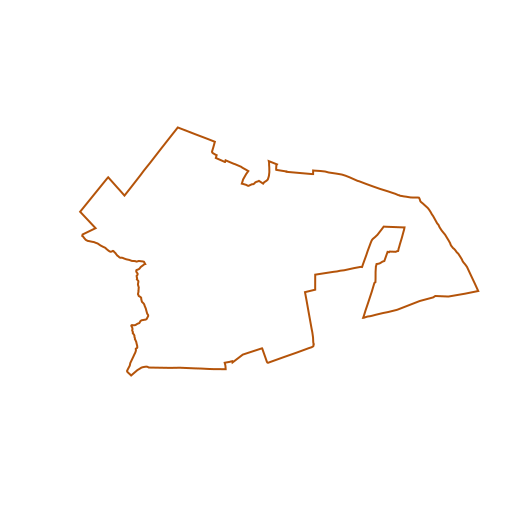 Campineanca, Vrancea, Romania (Robinson projection), rotated 57°
{"feature_id": "2599482B2575686950716", "entity_name": "Campineanca", "entity_type": "district", "adm_level": 2, "iso_a3": "ROU", "parent_name": "Romania", "parent_adm1": "Vrancea", "projection": "robinson", "projection_center": [27.139, 45.713], "detail": "fine", "context": "isolated", "style": "outline", "palette": "amber", "viewbox_px": 512, "rotation_deg": 57, "n_neighbors": 0, "source": "geoboundaries", "source_scale": "gbopen_adm2", "svg_char_len": 6121}
<svg xmlns="http://www.w3.org/2000/svg" viewBox="0 0 512 512"><g transform="rotate(57 256 256)"><path d="M291.2,406.6L303.1,388.9L303.6,388.1L308.3,380.6L317.0,368.4L320.6,363.2L324.9,357.3L327.7,353.3L334.4,343.1L332.3,341.9L331.1,341.3L328.5,340.4L329.6,337.7L330.2,336.3L330.6,335.3L330.7,334.7L330.9,334.2L331.3,333.2L332.5,333.7L332.1,328.6L331.9,325.8L331.5,320.8L333.1,314.7L336.7,301.2L337.1,301.2L350.7,304.5L351.5,304.5L352.1,304.1L356.0,287.5L359.2,274.4L361.2,265.6L362.0,262.0L362.8,259.1L362.9,257.3L362.7,256.8L362.1,256.3L361.4,255.9L361.3,255.5L360.6,255.4L359.6,255.0L358.4,254.3L355.5,252.6L353.4,251.6L350.6,250.3L347.1,248.9L338.3,245.2L331.4,242.3L321.0,237.9L313.0,234.6L316.5,224.7L314.6,223.5L303.9,216.5L311.5,199.6L313.1,196.4L314.2,193.4L316.0,189.8L319.5,180.5L322.1,174.2L323.0,173.1L322.5,172.4L322.0,171.8L320.9,170.4L315.4,163.1L312.6,159.6L307.4,152.6L306.1,150.7L305.6,149.7L305.3,148.6L304.9,145.4L304.5,143.4L304.5,143.0L304.2,142.1L303.1,139.0L302.1,136.1L300.9,132.9L302.3,131.0L312.1,117.1L312.9,115.9L314.4,117.3L316.6,119.8L320.1,123.7L324.4,128.8L326.2,130.8L327.7,132.6L328.7,133.5L329.2,134.1L328.7,135.4L328.6,136.5L327.4,138.2L325.8,140.5L325.1,141.4L325.0,141.7L325.3,142.2L325.3,142.4L324.2,143.4L330.1,151.1L329.7,152.6L329.6,153.3L329.6,155.8L329.4,156.8L329.0,157.9L328.4,159.3L329.8,160.7L329.9,161.0L334.5,164.4L337.4,166.3L340.0,168.0L343.0,170.1L343.0,171.2L343.9,172.4L344.7,173.3L347.5,176.6L348.7,178.0L350.0,179.6L356.5,187.7L361.4,193.9L364.0,197.0L365.7,199.1L366.2,199.8L366.5,199.3L367.1,196.9L367.5,195.5L367.8,194.8L368.6,193.2L369.3,191.3L370.5,187.6L372.7,181.4L373.3,179.8L374.4,177.1L375.0,175.6L377.8,167.5L378.1,166.4L382.9,143.3L383.3,142.0L387.2,130.0L387.2,127.4L394.8,116.7L401.5,101.1L406.4,88.7L398.3,87.5L389.4,86.3L380.1,85.0L377.6,85.1L375.7,85.3L374.4,85.5L372.6,85.5L371.1,85.2L368.1,85.1L364.2,85.1L362.3,85.6L359.7,85.7L357.8,86.0L356.9,86.4L353.7,86.7L352.4,86.6L351.0,86.2L348.0,86.0L344.2,85.9L341.1,85.8L338.6,86.1L335.8,86.4L332.0,86.4L329.1,86.0L327.4,86.3L318.9,85.7L316.8,85.8L314.1,85.6L311.2,85.6L309.2,85.8L305.8,86.7L304.7,87.0L303.1,87.4L300.3,88.3L299.4,88.3L297.7,87.8L296.5,87.6L295.8,87.6L295.5,87.9L291.3,94.2L289.5,96.2L288.1,97.7L286.4,99.7L285.4,100.7L283.9,102.4L282.9,102.9L282.6,103.4L279.7,105.3L277.1,107.4L273.8,110.0L267.2,115.5L261.5,119.9L255.4,124.5L249.5,128.8L248.3,129.9L240.9,134.7L237.4,137.2L234.6,139.5L232.9,141.3L230.7,143.7L225.5,149.6L222.8,152.0L219.7,155.8L216.3,160.4L215.4,161.5L218.4,163.5L217.8,164.4L202.0,184.6L201.6,184.4L201.0,185.2L194.8,192.1L194.1,191.8L191.1,189.6L190.6,188.5L183.4,193.6L184.7,194.1L186.9,195.5L188.9,196.6L192.9,199.1L195.7,201.4L196.7,202.5L198.3,204.5L198.6,206.2L198.6,209.0L199.2,210.6L194.6,212.6L194.6,213.1L194.3,214.4L194.0,215.3L193.9,216.7L194.3,218.0L194.3,219.1L193.6,220.4L193.1,224.0L192.5,224.7L191.1,225.4L188.9,227.3L187.6,228.5L186.2,226.8L184.8,225.2L181.9,219.6L180.6,216.2L177.8,217.6L175.2,219.0L173.9,219.6L173.2,219.8L167.4,223.7L166.6,224.4L159.2,229.4L160.3,230.7L160.2,230.9L158.0,232.3L151.9,236.3L150.0,234.1L148.8,234.9L148.1,235.2L146.4,236.1L145.7,236.3L144.7,236.2L143.7,235.1L141.6,232.6L137.8,228.3L132.3,232.2L127.9,235.4L125.6,237.1L121.1,240.4L105.6,251.6L109.3,262.5L114.1,276.6L120.2,294.1L121.8,299.0L123.4,303.8L125.3,308.9L129.9,322.2L131.3,326.3L133.7,333.4L126.2,334.5L123.2,335.0L109.5,337.1L110.0,339.0L123.1,379.4L145.3,375.4L143.5,389.7L144.5,390.8L145.6,390.4L146.7,390.4L149.7,390.0L150.8,389.4L151.7,388.9L152.5,388.0L154.9,385.6L156.1,384.3L157.7,383.2L159.1,382.1L159.9,381.7L160.7,381.4L162.4,380.7L164.0,379.8L164.9,379.3L166.3,378.4L167.2,377.9L168.7,377.6L169.9,377.2L171.2,376.8L172.3,376.3L173.1,375.8L173.5,375.1L173.7,374.4L173.7,373.4L174.0,373.0L174.6,372.8L176.0,372.6L176.9,372.3L177.8,372.3L179.0,372.2L180.2,372.1L180.9,371.8L181.2,371.6L181.9,371.5L182.9,371.2L183.6,370.7L184.1,369.8L184.9,368.9L186.4,367.9L188.1,366.6L190.3,364.4L191.7,363.4L192.5,362.8L193.1,362.0L193.8,361.0L194.7,359.9L195.4,359.5L195.6,359.3L195.9,358.5L196.3,357.1L196.9,356.3L197.6,355.5L198.9,353.9L199.8,353.1L202.4,353.3L202.1,354.1L202.3,356.3L202.4,358.5L202.9,360.0L203.2,360.9L203.1,362.1L202.7,363.9L202.8,364.1L203.1,364.3L203.4,364.7L204.0,364.9L204.6,365.0L205.7,364.9L206.6,365.0L207.1,365.5L207.4,366.0L207.7,367.0L208.0,367.1L208.8,367.5L209.5,367.7L209.9,367.8L210.2,368.1L210.5,368.4L210.6,368.6L211.0,368.6L211.5,368.5L212.1,368.4L212.7,368.3L213.6,368.7L214.5,369.6L215.1,370.1L215.7,370.6L217.0,371.0L218.6,371.5L218.9,371.7L219.4,372.2L219.9,372.6L220.5,372.9L220.9,373.3L221.2,373.7L221.6,373.8L222.1,374.1L222.8,374.9L223.2,375.3L223.5,375.6L223.8,375.8L224.4,375.8L224.8,375.9L225.4,376.1L225.7,376.1L226.9,375.5L227.6,375.2L228.2,375.1L228.6,375.1L229.1,375.4L229.6,375.7L230.2,375.9L231.9,376.5L232.5,376.6L233.2,376.4L234.2,376.2L234.8,376.1L235.4,376.1L236.1,376.2L236.7,376.4L237.5,376.6L239.3,376.9L240.2,377.1L242.0,377.7L244.9,378.6L245.5,378.7L246.4,378.6L246.9,378.7L247.6,379.1L248.3,380.3L248.8,381.2L249.1,381.6L249.3,382.4L249.2,383.3L248.6,384.5L248.3,385.4L247.8,386.4L247.6,387.1L247.6,387.7L247.7,388.5L248.1,389.2L248.4,389.8L248.7,390.4L248.5,391.3L248.3,392.1L248.2,393.6L248.3,394.3L248.0,395.4L247.4,396.4L246.9,397.1L246.4,397.6L246.3,398.1L246.5,398.5L247.1,398.7L247.9,398.7L248.6,398.8L249.7,399.2L250.4,399.7L250.7,400.2L251.1,400.4L251.7,400.5L252.4,400.6L252.9,400.7L253.2,401.1L253.4,401.3L253.6,401.4L253.9,401.4L254.4,401.3L255.1,401.2L255.5,401.2L256.4,401.3L256.8,401.5L257.3,401.8L257.9,402.1L258.9,402.3L259.5,402.6L259.9,402.9L260.5,402.9L261.0,402.9L262.0,403.1L262.4,403.2L262.8,403.2L264.3,403.8L265.8,404.3L266.7,404.6L267.4,405.0L268.1,405.4L268.3,405.7L268.3,406.0L268.3,406.9L268.3,407.3L268.5,407.5L268.9,407.7L269.6,408.0L270.0,408.3L270.4,408.8L270.9,409.4L271.8,410.7L272.2,411.5L273.5,413.5L277.3,419.7L279.2,421.6L281.2,425.2L282.2,426.8L283.2,427.0L284.9,426.6L286.3,426.2L288.2,425.8L287.1,417.6L287.2,415.2L287.2,412.9L287.6,411.5L288.3,409.8L289.0,408.3L289.8,407.4L291.2,406.6Z" fill="none" stroke="#b45309" stroke-width="2"/></g></svg>